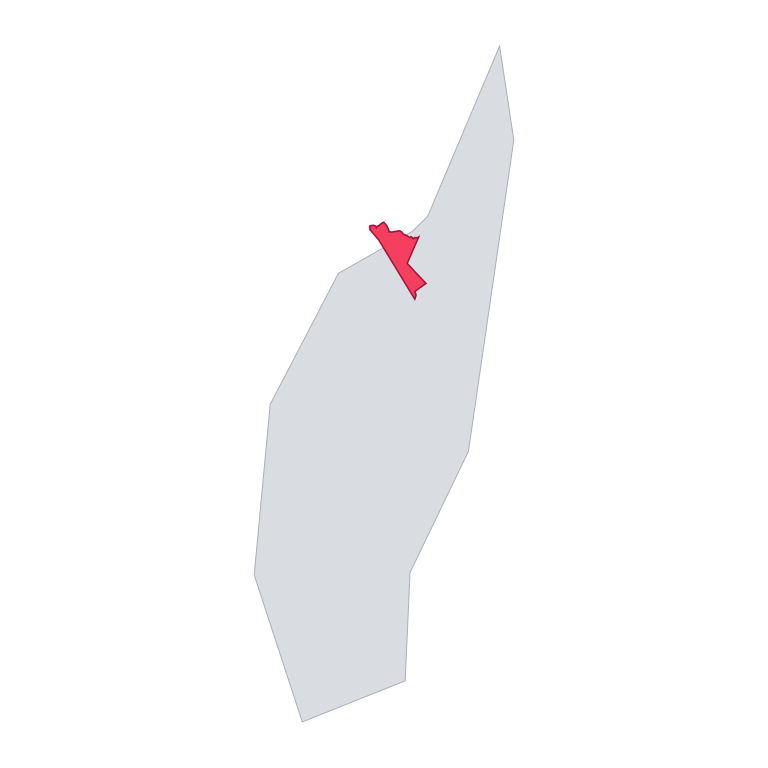 Urdmau, Ngardmau, Palau shown in context
{"feature_id": "81905179B21109401244182", "entity_name": "Urdmau", "entity_type": "district", "adm_level": 2, "iso_a3": "PLW", "parent_name": "Palau", "parent_adm1": "Ngardmau", "projection": "robinson", "projection_center": [134.588, 7.601], "detail": "fine", "context": "in_parent", "style": "filled", "palette": "rose", "viewbox_px": 768, "rotation_deg": 0, "n_neighbors": 0, "source": "geoboundaries", "source_scale": "gbopen_adm2", "svg_char_len": 3073}
<svg xmlns="http://www.w3.org/2000/svg" viewBox="0 0 768 768"><path d="M405.2,680.8L302.3,721.9L254.2,574.9L270.2,404.4L338.4,273.3L412.5,231.3L427.7,216.3L499.6,46.1L513.8,140.0L468.4,451.4L410.0,572.6L405.2,680.8Z" fill="#d9dde1" stroke="#a8b0b8" stroke-width="1"/><path d="M418.8,236.8L418.6,236.9L418.4,236.9L418.2,237.2L418.2,237.5L417.8,237.8L417.7,238.0L417.3,238.1L417.2,237.9L416.8,237.7L416.4,237.7L416.2,237.7L416.0,237.8L415.7,237.8L415.3,237.9L415.2,237.8L415.1,237.7L415.0,237.9L414.8,237.9L414.6,237.9L414.4,237.9L414.2,237.9L414.1,238.0L413.9,238.4L413.6,238.6L413.5,238.8L413.3,238.8L413.2,238.6L412.8,238.5L412.7,238.2L412.4,237.9L412.3,237.6L412.0,237.3L411.7,237.1L411.4,236.9L411.1,236.8L410.7,236.8L410.5,237.0L410.4,237.3L410.2,237.3L409.8,237.3L409.6,237.2L409.2,237.1L408.7,237.0L408.4,236.9L408.2,236.5L407.9,236.3L407.6,236.0L407.4,235.9L407.0,235.8L406.9,235.8L406.6,235.7L406.3,235.7L406.0,235.5L405.9,235.2L405.4,235.0L405.0,234.8L404.5,234.5L404.3,234.5L404.1,234.4L403.7,234.2L403.3,234.0L402.9,233.8L402.7,233.4L402.7,233.2L402.2,232.8L401.9,232.4L401.8,232.1L401.4,231.9L401.1,231.6L400.7,231.3L400.4,231.0L400.0,230.8L399.7,230.8L399.2,230.7L398.7,230.7L398.5,230.8L398.1,230.9L398.0,231.1L397.7,231.1L397.3,231.0L397.1,231.1L396.7,231.3L396.3,231.5L396.2,231.6L395.8,231.6L395.6,231.5L395.2,231.3L394.8,231.4L394.4,231.6L394.1,231.6L393.9,231.7L393.7,231.7L393.0,231.8L392.7,232.0L392.1,232.2L391.8,232.3L391.5,232.1L391.1,232.2L390.9,232.0L390.6,231.8L390.3,231.8L390.0,231.6L389.7,231.7L389.4,231.7L389.1,231.7L388.9,231.8L388.9,231.6L389.1,231.5L389.2,231.4L389.1,231.2L389.0,230.7L388.8,230.3L388.6,230.0L388.5,229.6L388.3,229.3L388.3,229.0L388.2,228.6L387.9,228.2L387.7,227.8L387.6,227.4L387.4,227.1L387.3,226.9L387.3,226.7L387.1,226.5L387.1,226.2L386.6,225.7L386.4,225.5L386.3,225.2L386.0,225.1L385.9,224.8L385.7,224.3L385.5,224.1L385.1,223.7L384.7,223.4L384.5,223.0L384.3,222.9L384.2,222.7L384.0,222.4L383.7,222.2L383.3,222.3L383.1,222.4L382.9,222.5L382.7,222.6L382.3,222.9L382.3,223.0L382.0,223.0L381.8,223.3L381.7,223.4L381.3,223.6L381.1,223.7L380.9,224.0L380.6,224.2L380.4,224.2L380.2,224.4L379.9,224.6L379.8,224.8L379.7,225.1L379.5,225.3L379.4,225.4L379.1,225.4L378.9,225.6L378.8,225.8L378.5,225.8L378.3,225.8L378.1,226.0L377.9,226.0L377.7,226.1L377.4,226.3L377.2,226.3L376.9,226.5L376.7,226.7L376.6,227.0L376.6,227.3L376.5,227.5L376.2,227.8L376.1,227.6L376.2,227.2L376.2,226.8L376.1,226.5L375.9,226.3L375.7,226.1L375.4,225.9L375.1,225.8L374.9,225.7L374.6,225.7L374.3,225.6L374.1,225.5L374.0,225.4L373.7,225.4L373.4,225.3L373.2,225.3L372.8,225.4L372.6,225.4L372.3,225.4L372.0,225.4L371.7,225.4L371.3,225.5L371.1,225.6L370.9,225.7L370.7,225.6L370.2,225.7L370.1,225.8L369.9,225.9L369.9,226.1L369.6,226.4L369.6,226.7L369.7,227.1L369.7,227.4L369.8,227.8L370.0,228.2L369.9,228.6L370.0,228.6L369.9,228.8L370.0,229.1L369.9,229.3L369.9,229.6L378.7,239.9L414.8,299.2L415.2,298.0L416.1,295.1L415.6,293.5L414.9,292.4L415.6,290.9L426.0,283.4L417.8,274.8L407.2,263.4L418.8,236.8Z" fill="#f43f5e" stroke="#9f1239" stroke-width="1.5"/></svg>